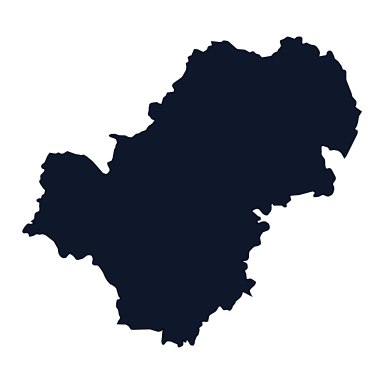 SVG path tracing the border of Kaluga
{"feature_id": "RUS-2361", "entity_name": "Kaluga", "entity_type": "Region", "adm_level": 1, "iso_a3": "RUS", "parent_name": "Russia", "parent_adm1": "", "projection": "mercator", "projection_center": [35.421, 54.295], "detail": "fine", "context": "isolated", "style": "filled", "palette": "ink", "viewbox_px": 384, "rotation_deg": 0, "n_neighbors": 0, "source": "natural_earth", "source_scale": "10m", "svg_char_len": 5923}
<svg xmlns="http://www.w3.org/2000/svg" viewBox="0 0 384 384"><path d="M250.9,295.3L244.1,291.7L242.1,291.5L241.7,293.7L240.8,295.9L239.5,297.5L235.1,301.2L234.6,303.0L232.3,305.7L231.4,308.3L230.0,309.9L229.4,310.0L227.1,309.0L224.0,309.5L223.2,308.9L221.3,306.1L219.6,305.6L218.4,306.0L216.1,309.9L215.0,311.1L209.9,314.2L208.5,315.7L207.5,320.8L206.6,321.2L203.4,320.9L201.8,321.2L201.4,321.6L201.3,322.1L201.8,324.2L201.6,325.2L198.6,327.5L198.5,328.1L198.8,330.1L197.9,334.2L195.7,336.9L194.2,340.9L193.9,343.3L193.2,344.7L192.1,344.9L190.8,344.4L188.4,340.4L187.2,339.2L186.6,339.1L186.2,339.3L185.8,341.2L185.5,341.8L182.7,340.6L182.4,340.9L182.6,344.1L182.4,344.8L181.8,345.5L179.1,346.7L178.4,346.3L178.2,344.5L177.7,343.7L171.0,340.8L167.6,340.5L166.1,341.2L163.5,344.1L163.1,344.1L162.5,343.2L162.1,341.6L162.7,336.7L162.9,333.1L163.5,329.7L163.4,328.8L163.1,328.7L161.0,330.4L159.0,331.0L157.9,331.0L150.0,328.6L133.0,329.1L131.3,328.9L129.1,325.7L126.0,323.8L117.8,323.6L118.8,321.3L120.3,319.4L121.0,317.5L119.6,314.7L118.7,309.3L117.1,307.3L116.8,306.3L116.9,303.2L117.5,300.3L119.5,300.0L121.1,298.3L119.2,296.2L116.9,288.1L115.3,286.3L111.4,283.7L110.8,283.8L107.7,280.4L105.6,276.9L104.1,273.3L102.3,270.1L99.4,266.0L97.7,264.7L94.2,264.6L92.9,263.7L92.8,262.6L93.5,259.4L93.5,258.6L92.6,256.0L91.3,254.6L87.8,254.4L86.5,255.0L82.4,258.0L78.1,259.2L76.5,259.0L74.5,256.3L73.0,254.9L70.9,253.6L69.1,253.1L65.6,257.2L63.3,257.4L61.4,256.5L59.7,254.3L59.0,252.4L58.6,249.2L58.3,248.1L54.4,241.1L45.8,234.4L42.3,233.4L39.8,234.0L36.3,233.4L33.3,235.1L29.8,236.0L29.1,233.7L28.6,232.9L27.2,232.3L23.9,232.6L23.2,232.0L23.0,231.0L24.4,228.4L26.6,225.5L27.7,224.6L28.6,224.2L30.8,224.8L33.9,223.5L34.1,223.2L33.9,222.7L31.9,221.3L34.1,220.0L34.9,218.9L35.2,214.9L35.7,213.7L37.0,212.7L38.9,212.0L40.0,210.9L40.2,208.9L39.9,206.4L40.1,202.7L39.6,201.9L37.7,201.3L37.2,200.5L37.3,200.0L39.0,199.0L41.4,199.0L41.9,198.3L42.3,196.3L42.6,195.6L44.0,194.9L45.0,193.8L45.9,190.0L43.7,187.8L41.2,184.2L40.0,182.0L40.0,180.9L40.9,180.1L41.3,179.0L41.0,176.8L41.2,175.5L44.6,171.9L45.1,170.6L45.0,169.5L44.7,168.5L42.8,168.1L42.3,167.6L41.8,166.4L42.3,165.1L45.2,162.8L47.9,156.4L49.9,153.5L55.7,154.4L58.6,153.2L60.6,154.3L62.4,154.5L64.0,154.0L67.3,151.9L76.0,155.0L78.1,155.1L80.9,155.9L82.4,155.8L83.2,155.3L86.1,156.8L92.5,162.1L102.5,173.6L105.6,174.7L107.4,174.5L109.8,171.8L110.4,170.4L110.1,168.5L108.2,164.8L107.9,163.1L112.2,161.1L113.3,158.3L114.8,149.9L116.0,147.7L116.4,145.2L117.8,142.9L117.1,140.1L116.4,138.8L115.0,137.9L110.3,136.3L109.7,135.5L111.2,134.7L114.9,134.6L119.2,136.0L125.0,136.1L128.4,137.8L131.4,138.1L133.1,137.3L136.2,134.6L139.4,133.9L141.5,132.4L146.3,130.7L148.2,127.5L149.3,126.3L152.7,124.1L153.7,122.6L155.2,121.1L155.2,120.5L154.7,119.8L151.9,118.4L150.2,115.9L148.9,115.0L148.7,114.4L148.7,113.5L149.4,110.6L149.5,107.5L150.1,104.4L151.6,103.5L156.9,102.8L158.2,103.9L161.2,104.7L162.1,104.0L163.8,98.1L166.2,96.3L167.6,93.2L173.5,92.5L174.3,91.9L174.6,91.3L174.8,89.5L172.8,85.9L173.1,84.6L174.6,83.2L181.8,78.1L183.1,76.6L186.7,70.2L187.1,67.0L186.6,63.7L186.8,63.3L188.6,62.6L188.9,62.0L189.2,60.7L189.0,59.3L188.4,57.9L188.5,57.4L190.1,56.4L191.6,56.1L192.2,55.4L194.5,49.8L197.5,50.0L202.9,52.6L203.6,52.6L207.2,50.3L207.9,49.3L208.3,47.6L209.1,46.7L212.4,46.0L212.8,45.1L211.9,42.7L211.9,41.9L221.3,42.9L223.3,41.3L224.2,41.2L227.4,41.7L228.4,42.3L236.2,49.2L237.4,49.8L244.6,50.4L249.8,53.3L252.4,52.0L253.5,52.2L255.5,54.2L258.9,55.2L261.3,57.9L262.3,58.1L271.0,56.7L272.2,56.1L273.2,54.5L274.3,53.5L278.0,51.9L278.8,49.8L279.9,48.9L281.7,46.4L281.6,45.3L280.6,41.8L280.7,41.0L281.1,40.7L284.0,39.7L287.3,37.4L289.5,37.7L294.3,39.5L295.1,39.3L297.0,37.6L299.1,37.3L300.4,37.4L301.5,38.0L301.7,39.0L301.5,42.8L301.8,43.8L302.1,44.2L303.8,44.5L306.3,43.3L310.8,45.4L314.5,46.0L316.2,47.2L318.3,50.2L319.0,51.7L319.2,52.7L318.9,54.8L318.4,56.2L318.5,56.6L319.2,57.2L326.6,55.8L327.1,54.9L327.7,52.3L329.0,51.4L330.2,51.3L331.5,52.3L333.1,55.7L334.3,59.2L337.6,61.7L341.0,66.4L342.0,69.5L342.9,70.3L344.8,70.6L345.3,71.2L345.6,71.8L345.5,78.9L345.9,80.8L350.9,93.5L351.6,96.8L355.1,100.8L355.7,102.0L355.7,104.0L354.7,106.8L355.7,108.1L361.0,111.7L358.3,116.0L357.2,122.7L356.0,126.1L354.6,128.4L354.3,129.7L356.8,130.8L357.1,132.4L356.4,134.4L345.9,155.5L344.5,157.4L341.8,152.8L339.9,151.0L337.7,149.9L333.9,149.2L330.4,149.8L329.7,149.2L328.8,147.4L328.0,146.8L323.2,145.2L321.7,145.5L321.0,146.2L320.7,148.0L321.0,151.7L320.8,154.2L321.4,155.7L324.1,159.5L324.4,161.0L324.5,165.0L325.0,167.8L326.1,169.3L326.7,169.5L329.1,168.8L330.5,169.2L331.6,170.8L335.0,177.4L335.1,178.7L334.6,180.0L332.5,183.1L332.1,184.1L333.3,186.8L333.6,188.8L332.9,192.0L331.6,194.2L328.6,195.7L327.2,195.7L323.5,194.2L321.9,194.4L318.4,196.1L314.7,196.5L313.9,195.9L314.1,195.1L315.5,193.3L315.3,192.1L313.0,190.6L298.9,194.3L290.7,195.0L289.8,195.6L289.6,196.4L290.4,199.9L286.0,203.4L285.7,204.1L286.1,206.2L285.8,206.6L284.3,206.6L282.2,204.9L281.2,204.8L274.1,204.9L272.6,203.0L271.6,203.0L270.7,204.6L270.9,207.9L270.7,209.7L270.0,211.2L267.4,214.5L266.0,214.7L264.4,214.0L263.1,213.1L259.6,208.9L258.0,208.2L255.9,208.2L252.7,209.7L252.0,210.5L252.0,211.8L252.9,212.7L254.0,213.4L257.7,216.9L259.2,217.3L260.0,217.8L260.1,218.9L259.8,219.7L256.6,220.3L256.5,220.9L257.8,223.5L258.9,223.7L261.6,222.4L263.6,222.0L265.4,222.2L268.0,224.0L268.8,225.5L269.1,227.8L268.4,229.1L267.5,229.8L262.5,231.7L260.7,234.3L259.4,236.9L259.4,238.5L260.3,243.0L259.8,244.2L257.9,245.2L254.4,245.9L252.4,247.3L249.0,250.9L248.4,252.6L248.2,257.8L247.3,259.4L246.2,260.0L242.4,260.4L242.1,260.8L242.1,261.2L242.8,262.2L246.0,263.6L246.8,265.0L247.0,267.5L246.5,268.7L244.0,270.3L245.5,274.1L246.0,278.8L246.3,279.3L247.5,279.9L249.8,279.3L251.0,279.4L255.0,282.0L255.2,282.6L255.0,283.3L254.1,284.8L250.4,288.3L249.1,290.0L249.2,291.9L250.9,295.3Z" fill="#0f172a" stroke="#020617" stroke-width="1.5"/></svg>